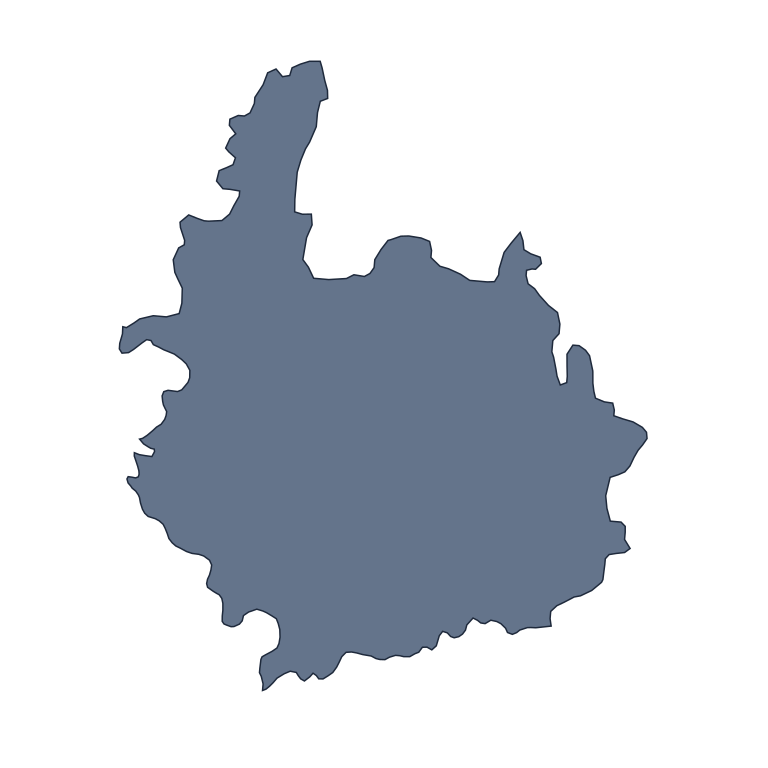 outline of Asipovichy, Mogilev, Belarus, rotated 95°
{"feature_id": "67162791B915008440335", "entity_name": "Asipovichy", "entity_type": "district", "adm_level": 2, "iso_a3": "BLR", "parent_name": "Belarus", "parent_adm1": "Mogilev", "projection": "mercator", "projection_center": [28.671, 53.35], "detail": "fine", "context": "isolated", "style": "filled", "palette": "slate", "viewbox_px": 768, "rotation_deg": 95, "n_neighbors": 0, "source": "geoboundaries", "source_scale": "gbopen_adm2", "svg_char_len": 4561}
<svg xmlns="http://www.w3.org/2000/svg" viewBox="0 0 768 768"><g transform="rotate(95 384 384)"><path d="M460.2,622.7L464.6,618.3L467.1,613.5L468.4,610.7L468.9,607.2L471.4,606.7L476.5,608.9L476.2,615.3L475.7,621.6L474.2,626.7L477.5,626.5L482.3,624.4L487.4,622.2L491.9,620.6L495.2,620.1L497.9,620.7L499.2,623.3L498.8,626.8L498.6,630.8L501.0,631.8L504.9,630.3L507.7,627.4L509.7,625.8L512.3,622.0L515.8,619.1L518.4,617.7L523.8,616.2L529.8,613.7L533.6,611.1L536.5,607.4L538.1,600.1L539.9,596.0L543.0,591.8L546.7,589.5L551.8,586.9L556.7,584.8L560.6,581.2L563.5,577.3L565.1,573.1L568.1,566.1L569.5,560.4L569.8,553.7L571.0,548.7L574.7,542.5L579.3,539.9L584.3,540.2L589.5,541.2L593.9,542.8L598.3,543.3L601.9,542.0L605.3,536.2L607.1,532.6L608.3,529.8L611.7,526.9L616.6,525.4L623.4,524.8L629.2,524.9L634.5,524.5L637.0,522.5L637.9,519.7L639.1,515.2L638.7,512.3L635.8,507.1L632.3,504.6L626.9,503.8L622.9,498.9L621.7,496.1L619.4,491.1L620.7,484.9L622.0,481.2L624.6,475.8L627.2,470.8L631.8,468.5L637.7,466.4L645.3,465.5L651.7,466.0L656.3,467.6L660.0,472.1L664.1,478.4L666.4,481.7L669.1,482.6L678.0,482.9L682.4,482.9L685.9,480.8L693.3,478.3L699.9,478.3L698.3,475.0L695.1,471.7L691.3,468.5L686.3,464.9L681.3,458.1L678.3,452.4L679.0,446.2L681.9,444.1L685.0,441.3L686.8,437.4L682.2,432.4L678.3,429.5L680.3,426.0L683.4,423.3L683.1,419.0L679.5,414.2L675.9,409.9L670.2,406.5L665.0,404.4L659.3,402.3L654.6,398.4L653.8,393.0L654.3,387.7L655.4,381.6L656.1,373.0L658.2,368.1L658.8,364.2L658.5,359.0L655.7,354.8L653.3,348.9L653.3,344.5L653.9,340.6L653.4,334.6L650.0,329.7L648.2,326.0L642.9,322.8L642.4,318.2L644.7,313.2L640.3,309.1L636.4,308.3L630.0,307.0L625.3,304.0L626.4,299.2L629.7,295.6L630.7,292.0L629.2,287.5L626.3,284.0L622.1,281.4L616.8,280.5L609.4,274.9L611.3,270.2L613.6,266.8L613.9,262.4L610.0,257.0L610.8,250.9L612.6,246.6L616.7,241.6L620.8,239.3L622.2,234.3L620.1,230.2L617.3,227.3L614.2,220.0L613.8,216.4L613.6,211.5L610.6,196.4L603.3,198.1L596.0,198.1L589.8,192.5L585.8,185.7L579.6,176.0L577.9,169.8L571.6,159.1L562.6,150.0L559.8,148.9L551.3,148.6L544.5,148.3L538.8,148.3L534.3,144.9L532.6,138.1L530.9,129.6L526.4,124.5L517.9,130.8L510.5,130.8L504.8,131.3L500.9,135.8L500.9,146.6L488.4,151.1L476.0,153.4L457.3,150.6L453.9,142.6L450.5,136.4L444.3,131.9L435.2,128.5L427.9,125.1L422.2,121.1L415.4,117.2L409.2,118.3L404.7,122.8L400.1,132.5L397.9,143.2L395.6,152.3L389.9,152.3L383.1,154.5L382.6,163.0L379.7,172.1L373.0,174.3L365.0,176.0L354.0,177.0L352.6,177.2L337.9,181.7L332.8,186.2L328.8,193.0L328.8,199.2L338.4,204.3L350.3,203.2L360.5,202.1L366.7,202.1L369.6,208.3L361.1,212.3L354.3,214.0L342.4,217.4L337.3,219.6L331.6,219.6L326.0,219.6L318.6,214.0L309.0,214.0L297.7,217.4L291.4,227.0L282.2,236.9L276.0,242.2L271.6,249.2L263.6,251.9L258.3,251.9L256.5,246.6L256.5,243.0L250.3,237.7L244.1,239.5L241.5,249.2L238.0,256.3L229.1,258.1L221.1,261.6L232.6,269.6L242.4,275.8L259.2,279.3L265.4,279.3L272.4,282.8L273.3,289.9L273.3,300.5L273.3,307.6L268.0,317.3L263.6,329.7L261.8,338.6L253.9,348.3L246.8,348.3L238.0,351.0L235.3,359.8L234.4,372.2L235.3,380.1L239.7,389.9L240.6,392.5L250.3,398.7L260.9,404.0L268.9,404.0L275.1,407.6L278.6,412.9L277.8,423.5L282.2,430.6L284.8,448.2L284.8,463.3L274.2,469.5L267.1,475.7L245.0,473.9L231.8,469.5L221.1,471.2L222.0,480.1L220.3,488.0L207.9,488.9L193.7,488.9L180.5,488.9L168.1,486.3L156.6,482.7L149.5,479.2L133.6,473.9L119.4,473.9L107.9,472.1L104.4,465.0L96.4,465.9L86.7,469.5L75.2,473.0L74.0,473.4L68.1,475.7L69.0,486.3L72.6,495.1L77.0,503.1L84.9,504.8L86.7,511.9L79.6,519.0L84.1,527.0L96.4,530.5L109.7,537.6L115.9,537.6L125.6,541.1L129.2,546.4L129.2,552.6L133.6,560.6L139.8,560.6L147.7,553.5L153.0,558.8L162.8,562.3L166.3,558.8L171.6,551.7L178.7,553.5L182.2,559.7L185.8,566.8L196.4,568.5L203.5,561.5L203.5,554.4L204.3,544.6L209.6,544.6L219.4,549.1L228.2,552.6L235.3,559.7L237.1,573.0L237.1,577.4L235.3,584.4L232.6,593.3L240.6,601.3L245.9,600.4L258.3,595.1L262.7,595.1L266.3,600.4L278.6,604.8L291.0,602.1L297.2,598.6L306.1,593.3L321.1,592.4L331.7,594.2L336.1,606.6L336.1,619.8L340.5,633.1L345.0,638.4L350.3,645.5L349.7,649.2L356.9,648.9L366.5,650.8L372.1,650.7L376.1,647.7L375.0,641.2L371.4,636.5L364.2,628.7L360.5,624.3L361.0,619.9L364.9,617.2L366.8,611.8L369.1,606.4L370.6,601.4L372.5,595.4L377.3,587.6L381.2,582.7L387.3,578.6L394.7,578.1L399.5,579.4L403.1,581.9L407.5,585.0L409.5,589.0L409.3,594.2L409.1,598.6L410.8,602.7L415.2,604.0L420.5,603.0L424.1,601.9L427.5,599.9L430.4,598.1L434.3,598.3L438.4,599.4L443.5,602.5L446.7,606.8L450.8,610.5L455.8,615.5L459.2,619.8L460.2,622.7Z" fill="#64748b" stroke="#1e293b" stroke-width="1.5"/></g></svg>